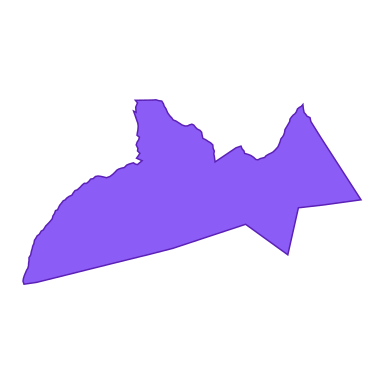 outline of Ipaporanga, Ceará, Brazil
{"feature_id": "56859067B52253098502550", "entity_name": "Ipaporanga", "entity_type": "district", "adm_level": 2, "iso_a3": "BRA", "parent_name": "Brazil", "parent_adm1": "Ceará", "projection": "natural_earth1", "projection_center": [-40.841, -4.904], "detail": "fine", "context": "isolated", "style": "filled", "palette": "violet", "viewbox_px": 384, "rotation_deg": 0, "n_neighbors": 0, "source": "geoboundaries", "source_scale": "gbopen_adm2", "svg_char_len": 2240}
<svg xmlns="http://www.w3.org/2000/svg" viewBox="0 0 384 384"><path d="M135.4,100.3L137.5,102.8L135.7,107.2L136.1,112.3L133.6,111.1L137.8,123.2L138.2,126.0L137.9,130.1L137.3,133.0L137.0,135.3L139.4,137.1L138.7,139.7L137.2,142.0L136.2,144.9L137.9,148.4L137.5,150.9L139.9,153.3L138.3,155.8L136.5,158.2L142.1,160.7L137.4,164.6L135.4,164.1L133.4,162.8L131.0,163.5L129.0,164.1L126.7,165.1L124.4,167.5L121.3,168.2L118.6,169.1L116.8,170.2L114.9,172.3L112.7,174.4L109.9,176.5L106.5,177.7L103.3,176.9L101.0,176.4L98.1,176.0L95.4,176.5L93.2,178.6L90.6,179.1L88.8,181.5L86.5,183.4L84.3,183.3L82.4,184.8L80.0,187.4L77.3,189.8L75.0,190.6L73.4,192.7L71.9,195.2L69.1,196.4L66.7,198.1L65.2,199.9L63.2,200.8L61.5,203.1L59.7,205.3L58.6,207.5L57.6,209.8L55.5,210.6L54.5,213.5L52.9,216.0L52.3,218.7L50.2,221.3L48.1,223.6L45.8,225.9L43.3,229.9L41.2,231.1L39.4,234.2L37.1,235.9L35.8,238.3L34.5,240.2L33.9,243.6L32.7,246.2L32.2,248.7L31.4,251.2L30.7,254.9L29.0,257.6L29.0,260.9L28.6,263.1L28.5,265.8L27.8,268.3L26.7,270.0L25.7,272.3L24.4,275.4L23.4,278.5L23.0,281.2L24.0,284.2L36.5,282.4L111.5,263.7L140.6,256.5L146.9,255.0L173.0,248.3L202.9,238.4L245.6,224.3L287.8,254.8L298.4,207.8L323.9,204.9L361.0,199.8L322.3,139.8L321.0,137.8L310.9,121.6L310.0,117.6L307.0,116.2L305.8,114.4L304.1,112.5L303.3,108.4L302.9,104.5L301.3,106.4L299.2,107.5L297.5,108.9L296.2,112.1L294.9,113.8L293.2,115.1L291.6,116.9L290.0,119.1L289.7,121.5L287.8,124.9L285.0,129.5L284.5,132.6L283.7,135.0L282.6,136.8L280.9,138.9L280.1,141.7L279.2,144.0L278.0,146.8L275.3,149.8L273.0,152.0L271.1,153.1L268.7,154.2L266.0,155.8L264.7,157.4L262.2,158.1L260.2,158.6L258.0,159.8L255.9,159.5L253.7,157.4L250.9,155.5L248.1,154.4L244.6,153.4L243.9,150.8L242.1,148.9L241.0,146.1L236.0,147.8L215.1,161.9L214.7,159.1L214.3,156.2L213.8,154.0L214.3,151.1L213.1,148.3L212.8,144.9L210.6,142.8L208.2,141.4L205.5,139.6L202.9,138.4L202.1,135.1L201.6,132.2L199.9,130.3L197.2,129.0L195.5,127.3L193.8,125.1L191.9,124.2L189.5,124.9L187.6,125.9L185.0,126.0L181.9,124.9L180.2,123.7L178.4,122.6L176.1,121.1L173.1,119.9L171.8,117.9L169.7,115.7L167.6,112.7L165.9,108.6L164.2,106.2L163.5,103.9L161.8,101.1L158.6,100.6L155.9,99.8L153.6,100.0L150.2,100.1L135.4,100.3Z" fill="#8b5cf6" stroke="#5b21b6" stroke-width="1.5"/></svg>